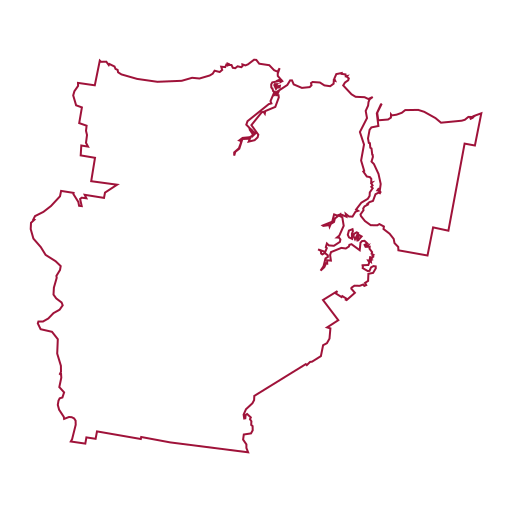 outline of Devonport, Tasmania, Australia
{"feature_id": "25037944B44278737612916", "entity_name": "Devonport", "entity_type": "district", "adm_level": 2, "iso_a3": "AUS", "parent_name": "Australia", "parent_adm1": "Tasmania", "projection": "robinson", "projection_center": [146.333, -41.213], "detail": "fine", "context": "isolated", "style": "outline", "palette": "rose", "viewbox_px": 512, "rotation_deg": 0, "n_neighbors": 0, "source": "geoboundaries", "source_scale": "gbopen_adm2", "svg_char_len": 5935}
<svg xmlns="http://www.w3.org/2000/svg" viewBox="0 0 512 512"><path d="M61.1,190.9L60.0,196.3L51.0,206.0L43.4,211.9L35.0,216.1L33.3,219.5L34.3,219.8L31.0,222.8L30.7,229.1L33.4,238.6L40.8,247.1L45.6,254.9L55.6,261.2L60.7,266.1L60.0,270.0L56.4,275.9L56.7,277.8L53.9,287.6L53.5,294.6L56.2,298.4L61.6,302.5L62.7,305.3L59.6,309.7L53.5,313.1L48.3,318.5L43.0,321.5L38.4,321.5L37.8,323.4L40.6,329.2L52.0,331.8L57.8,339.2L57.2,353.6L60.9,365.8L61.0,371.8L59.9,374.0L60.8,374.7L61.0,373.1L61.3,377.7L59.3,387.1L64.1,392.4L62.4,397.5L59.7,398.3L58.5,400.6L57.8,404.9L59.1,409.7L63.8,416.9L64.1,418.9L69.0,417.0L71.7,417.2L74.1,418.4L75.6,420.7L75.7,424.8L72.1,439.2L70.8,441.5L85.3,443.6L86.4,437.4L95.6,438.8L97.0,431.4L140.8,439.0L141.2,437.0L170.2,442.4L248.1,452.3L246.4,448.0L246.4,444.4L243.1,439.6L243.8,434.5L251.0,433.4L252.7,430.3L252.6,426.1L251.2,424.9L251.4,421.3L250.0,419.2L250.8,417.4L247.1,414.0L245.6,415.0L245.3,418.3L244.2,418.5L243.6,414.6L246.0,409.2L252.4,403.3L254.1,400.1L254.3,395.9L305.8,364.1L306.8,365.1L310.1,361.9L312.0,361.7L320.9,356.1L323.1,345.2L326.9,343.2L329.5,338.6L330.4,328.4L327.1,327.4L338.3,320.2L323.0,300.0L337.4,291.1L335.6,293.3L341.6,297.1L342.3,296.1L346.5,298.7L345.8,299.7L346.6,300.1L354.9,292.8L351.3,288.7L351.5,287.7L354.4,285.7L359.8,285.8L363.2,284.5L364.3,285.9L366.2,285.1L365.0,282.9L368.1,280.9L368.4,273.8L373.1,272.9L375.8,268.3L375.7,266.4L373.4,266.1L371.0,267.4L369.5,270.9L367.7,271.0L362.7,268.1L363.0,265.4L361.6,265.3L368.3,265.0L369.3,262.4L368.1,260.4L369.8,260.5L370.2,256.2L370.0,260.9L370.9,261.7L370.7,260.1L371.5,259.8L370.7,259.3L371.7,258.3L371.0,258.1L373.2,256.7L372.5,255.7L373.5,254.9L371.6,253.7L372.1,252.1L369.5,248.7L369.7,246.7L367.1,246.8L368.1,245.4L365.4,246.5L364.6,244.9L367.3,243.4L364.5,240.8L362.0,241.1L360.5,242.7L359.7,250.2L351.5,244.2L349.4,244.8L348.9,246.5L345.8,248.5L341.3,247.9L331.0,252.1L330.1,255.0L330.9,260.6L327.1,260.3L327.2,263.6L326.1,263.3L324.3,267.2L320.6,270.6L323.5,266.3L325.5,258.4L327.9,256.9L327.8,255.3L324.8,253.0L322.3,254.4L321.1,253.5L321.0,250.9L318.1,249.4L325.2,251.9L326.8,248.1L325.8,247.2L326.9,243.5L328.8,245.4L333.9,245.8L339.9,241.9L340.4,239.5L339.0,237.6L337.0,237.5L339.3,235.6L343.7,225.8L342.3,217.3L339.7,216.0L339.9,214.6L334.9,218.5L334.0,222.0L330.8,223.9L329.6,226.7L329.2,225.1L323.3,225.9L322.7,225.5L332.2,221.7L334.1,214.4L337.1,215.5L340.7,214.3L346.4,216.7L345.8,213.9L349.0,216.5L352.5,216.6L355.5,211.7L358.1,210.8L356.1,209.5L361.3,202.7L367.8,198.8L369.6,195.9L369.8,192.4L372.7,188.2L371.3,186.8L372.6,185.4L371.2,183.3L372.0,182.5L371.2,182.7L371.3,178.9L369.9,177.1L366.8,176.5L363.3,171.5L364.2,170.9L361.1,160.5L364.0,144.5L359.9,132.0L367.0,118.1L365.7,110.9L368.1,105.6L368.5,102.1L369.6,99.3L372.7,97.0L368.3,99.0L364.6,97.2L355.6,96.8L351.5,94.3L343.2,85.4L345.0,82.5L348.2,80.3L348.8,78.4L346.7,76.6L347.2,76.0L345.7,76.3L345.5,74.4L341.6,73.9L341.7,73.0L336.3,74.1L334.3,78.7L335.2,80.8L333.8,80.3L333.6,83.7L330.2,86.2L324.4,85.4L319.9,82.5L312.6,82.0L311.0,83.1L311.5,85.3L309.7,87.1L301.9,87.9L293.7,84.4L292.0,80.4L290.1,80.4L287.3,85.0L276.5,92.1L275.5,94.5L277.8,93.3L276.9,95.2L278.5,95.2L278.8,97.4L275.3,106.9L265.2,111.1L264.8,113.6L263.6,111.8L261.7,112.3L251.4,125.1L258.3,134.7L257.6,137.4L254.6,140.2L248.7,141.6L249.9,138.7L242.4,139.0L239.3,148.7L235.3,151.8L234.2,155.6L234.2,152.4L238.9,148.3L241.0,142.7L240.6,140.8L239.3,140.4L242.6,137.9L249.7,137.2L252.5,135.6L252.6,133.9L250.9,131.4L252.2,131.7L252.2,130.4L250.4,128.8L250.2,130.5L249.1,127.5L246.3,124.7L247.5,121.2L268.8,104.1L271.4,103.4L270.5,101.1L274.5,91.7L273.2,91.2L272.2,87.7L272.3,88.8L271.3,87.4L271.2,84.4L272.3,82.4L278.2,81.2L277.5,80.6L278.9,80.0L281.0,80.0L280.6,82.0L282.3,81.1L277.8,76.0L277.7,73.8L279.6,68.2L277.6,71.7L274.1,70.2L269.3,65.2L259.2,63.7L256.3,59.9L254.1,59.7L247.9,64.4L245.4,65.4L242.4,64.4L242.5,66.1L241.3,67.2L237.6,66.3L235.2,68.2L232.8,67.8L231.5,65.0L228.5,65.0L228.9,64.1L227.5,63.5L227.3,65.3L226.3,64.7L225.2,67.1L221.2,66.7L222.2,69.9L219.7,72.0L214.6,70.7L212.7,73.7L209.7,75.5L199.5,78.5L192.1,77.8L181.7,80.8L157.4,81.8L137.1,78.9L121.4,74.4L118.1,72.3L117.6,69.9L115.5,68.9L114.5,66.5L109.4,64.0L108.8,65.1L106.3,61.7L101.0,61.8L99.8,60.6L94.8,85.3L78.0,82.9L78.1,85.9L74.4,91.2L73.2,95.4L76.1,105.3L81.9,107.4L79.2,123.1L86.6,125.7L86.0,130.8L87.0,135.0L86.0,142.8L88.0,146.6L81.3,145.5L80.7,155.4L95.0,157.8L91.2,181.2L117.1,184.7L105.0,192.6L104.0,197.9L84.7,194.8L86.4,198.3L81.7,197.7L80.1,199.0L81.7,206.1L79.1,205.8L78.3,201.9L73.4,194.1L73.6,192.9L61.1,190.9ZM481.3,113.3L473.3,116.2L472.8,116.6L473.3,117.1L472.7,117.8L469.8,119.2L473.1,117.0L468.4,116.9L464.8,119.8L461.7,120.7L441.0,122.7L435.5,118.1L424.2,111.8L418.2,109.9L405.2,110.1L401.8,112.8L396.5,114.7L391.8,115.4L391.0,114.4L390.9,117.6L388.1,119.5L378.3,120.3L377.2,112.9L381.7,103.8L380.9,104.4L376.8,113.3L378.4,126.0L371.4,127.4L369.6,129.8L368.0,138.4L368.8,142.9L369.9,143.2L370.3,147.7L371.5,148.5L372.3,155.2L372.6,154.2L372.9,156.9L371.5,161.6L373.9,164.0L378.5,173.9L380.7,184.0L380.0,189.0L378.5,188.8L377.4,190.4L379.9,190.9L380.5,192.1L379.9,193.2L378.7,192.6L375.5,194.2L373.0,200.9L369.5,202.1L367.3,204.0L367.8,204.6L364.5,206.4L363.2,208.5L363.5,210.2L360.5,214.4L360.9,216.0L364.9,221.0L370.7,225.2L377.3,225.3L379.4,224.1L383.9,226.5L383.5,229.0L389.6,233.7L393.7,238.9L394.5,243.1L398.2,246.9L398.4,250.3L427.5,255.5L433.1,227.4L448.4,230.7L464.6,143.6L474.9,145.5L481.3,113.3ZM351.9,233.8L352.9,231.2L352.5,229.2L348.9,230.6L347.8,234.8L349.0,237.4L352.0,238.8L351.9,233.8ZM353.4,236.0L355.0,239.3L358.1,233.1L356.7,232.3L354.1,233.8L353.4,236.0ZM274.3,85.1L276.0,88.9L276.9,87.6L279.6,87.4L279.9,85.8L276.8,86.4L276.1,85.2L277.1,84.1L274.8,84.1L274.3,85.1ZM357.4,240.5L358.2,240.3L361.6,236.4L359.3,235.1L357.1,239.1L357.4,240.5ZM252.8,135.9L255.3,133.5L253.0,131.4L252.1,132.2L252.9,134.4L252.8,135.9Z" fill="none" stroke="#9f1239" stroke-width="2"/></svg>